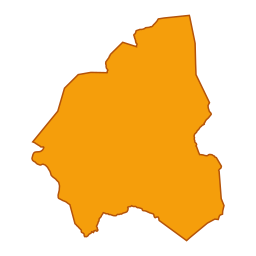 the district of San Marcos de Colon, Choluteca, Honduras
{"feature_id": "27666195B6198023019370", "entity_name": "San Marcos de Colon", "entity_type": "district", "adm_level": 2, "iso_a3": "HND", "parent_name": "Honduras", "parent_adm1": "Choluteca", "projection": "albers", "projection_center": [-86.836, 13.415], "detail": "fine", "context": "isolated", "style": "filled", "palette": "amber", "viewbox_px": 256, "rotation_deg": 0, "n_neighbors": 0, "source": "geoboundaries", "source_scale": "gbopen_adm2", "svg_char_len": 5747}
<svg xmlns="http://www.w3.org/2000/svg" viewBox="0 0 256 256"><path d="M32.7,141.9L34.7,142.7L36.5,144.0L37.2,144.3L37.8,144.8L39.9,146.0L40.3,146.5L40.6,146.8L41.3,146.9L42.1,147.0L42.5,147.0L43.0,146.9L43.3,146.9L43.6,147.1L43.8,147.4L43.7,147.8L43.5,148.4L43.1,149.2L42.6,149.9L42.3,150.2L41.9,150.5L40.8,151.3L40.2,151.5L39.3,151.7L38.2,151.8L36.4,151.9L35.2,152.1L34.5,152.4L34.0,152.8L33.5,153.5L32.9,154.8L32.0,158.2L32.0,158.4L32.1,159.0L32.5,160.1L32.8,160.5L33.3,160.9L34.1,161.5L35.0,161.9L36.4,163.3L37.0,163.8L37.3,164.0L39.4,164.8L40.0,165.0L40.6,165.0L41.4,164.7L42.2,164.3L42.6,164.2L43.1,164.2L44.9,164.9L45.3,165.1L45.6,165.3L46.7,166.5L47.3,167.0L47.6,167.3L47.9,167.9L48.5,169.0L49.9,171.2L50.2,171.9L51.0,174.6L51.2,175.2L51.4,175.5L52.1,176.2L52.9,177.0L55.6,179.0L56.2,179.7L56.7,180.3L58.2,181.8L58.5,182.1L58.7,182.4L58.8,182.8L59.2,184.4L59.5,185.7L59.5,186.5L59.3,189.0L59.3,190.0L58.1,195.1L58.2,197.0L58.2,197.4L58.4,197.8L58.5,198.1L58.8,198.4L59.3,198.7L61.3,199.7L62.7,200.5L64.8,201.3L66.4,202.1L67.6,203.1L69.9,204.7L75.0,223.7L75.7,224.3L76.3,224.9L76.8,225.6L77.9,226.5L79.1,227.9L81.0,229.8L81.2,230.1L81.3,230.4L81.3,230.9L81.3,231.6L81.4,232.0L81.5,232.2L81.8,232.4L82.9,233.0L83.5,233.4L83.9,233.8L84.1,234.2L84.2,235.5L84.5,236.4L84.6,236.6L85.3,236.5L85.9,236.7L86.2,236.7L86.7,236.6L87.3,236.2L87.6,236.0L87.9,235.8L88.6,234.8L89.1,234.2L89.5,233.9L90.5,233.5L91.1,233.0L91.5,232.5L91.6,232.2L91.6,231.8L91.8,231.6L92.0,231.6L92.8,232.3L93.2,232.4L93.3,232.5L93.5,232.3L93.8,231.9L93.9,231.6L94.0,230.9L94.2,230.7L94.7,230.8L95.2,230.5L95.5,230.4L95.8,230.6L96.0,230.9L96.9,231.2L97.2,231.0L97.6,230.7L97.8,230.3L97.9,229.9L97.8,229.7L97.5,229.5L97.2,229.2L97.3,229.0L97.4,228.4L97.4,228.1L97.1,227.5L96.8,226.9L96.6,226.6L96.5,226.3L96.6,225.9L96.8,225.6L97.1,225.1L97.3,224.6L97.8,223.6L98.2,221.9L98.4,221.7L98.5,221.7L98.8,221.2L99.0,220.2L99.2,219.0L99.3,218.6L99.6,218.2L99.9,218.0L100.2,217.7L100.4,217.6L101.2,216.4L101.4,215.7L102.3,214.4L102.8,213.7L103.1,213.0L103.3,212.7L103.5,212.7L104.3,213.0L104.8,213.1L105.8,213.7L107.9,213.8L108.4,214.1L108.7,214.4L108.9,214.5L109.5,214.6L110.2,214.5L110.5,214.6L112.7,215.4L113.9,215.7L114.7,215.7L115.4,215.7L115.9,215.7L116.2,215.6L116.4,215.4L117.2,214.6L117.5,214.4L117.8,214.4L118.4,214.4L118.7,214.5L119.0,214.5L119.4,214.4L119.8,214.2L120.1,214.1L120.7,214.0L121.3,214.1L121.6,214.0L121.9,213.9L122.3,213.5L123.7,212.9L124.2,212.8L125.3,212.5L126.7,211.9L126.9,211.7L127.1,211.5L127.8,210.2L127.9,209.9L128.1,208.3L127.7,207.4L127.8,207.2L128.1,207.0L129.0,206.7L130.1,206.6L130.7,206.5L131.0,206.3L131.4,205.9L131.6,205.7L132.0,205.9L133.0,206.4L133.5,206.5L134.1,206.6L134.4,206.5L134.9,206.4L135.6,206.5L136.6,207.1L136.9,207.4L137.3,207.6L137.8,207.7L138.1,207.6L138.3,207.6L139.6,208.0L140.2,208.1L141.5,208.6L141.9,208.8L142.1,209.1L142.5,210.2L142.7,210.4L142.8,210.5L143.6,210.7L144.8,210.8L145.7,211.0L146.3,211.3L147.2,211.6L147.8,212.0L148.5,212.2L149.6,212.8L150.4,213.0L151.3,213.3L152.4,213.6L153.4,214.1L153.6,214.3L153.7,214.5L154.3,216.8L154.5,217.1L155.0,217.6L155.3,217.7L156.3,217.2L156.9,217.0L157.2,217.0L157.9,217.1L158.1,217.1L158.4,217.6L158.7,218.2L158.9,218.9L158.9,219.5L159.2,220.5L186.6,240.6L189.9,237.6L207.4,223.1L214.8,219.1L218.2,219.5L219.3,216.1L220.2,215.0L222.5,214.2L222.7,211.0L224.0,205.6L221.2,198.6L219.1,171.2L218.7,170.6L219.1,169.7L219.5,169.2L220.6,168.3L221.0,167.9L221.1,167.7L221.2,166.7L221.4,166.2L216.4,157.7L216.1,157.5L214.8,157.0L214.7,156.7L214.6,156.3L214.4,156.1L214.2,156.0L213.8,155.9L213.5,155.8L212.1,154.8L211.8,154.7L210.3,154.5L209.2,154.5L208.9,154.6L208.6,154.8L207.8,155.4L207.1,155.7L206.8,155.8L206.3,155.7L205.8,155.6L205.3,155.6L204.9,155.5L204.2,155.3L203.4,155.0L202.9,154.9L200.7,154.6L199.6,154.6L198.6,152.3L196.6,146.8L196.0,146.0L196.0,145.8L196.3,145.5L196.6,144.7L196.6,144.4L196.5,144.1L196.2,143.5L195.0,142.2L194.8,142.0L194.8,141.7L194.7,141.3L194.8,140.9L194.7,140.7L194.5,140.0L194.2,139.0L194.2,138.8L194.4,138.2L194.5,137.8L194.1,136.5L194.1,135.7L194.6,134.2L194.9,133.8L196.3,132.5L196.7,131.9L197.1,131.0L197.4,130.6L197.6,130.3L198.0,130.1L198.6,129.5L199.3,128.5L199.8,127.6L200.1,127.3L201.4,126.2L202.0,125.6L202.4,125.1L202.7,125.1L203.4,124.8L204.3,124.2L204.3,123.9L204.2,123.7L204.0,123.3L204.7,122.6L204.9,122.2L205.7,120.6L206.4,119.7L207.5,118.7L208.4,117.9L211.1,114.5L211.2,114.3L211.2,114.1L211.1,113.6L210.8,113.0L209.8,111.9L209.2,111.1L208.9,109.9L208.4,108.5L208.2,107.6L208.0,105.5L208.2,105.2L208.6,104.3L209.5,102.7L196.0,74.7L195.6,63.8L195.1,43.3L189.8,17.3L189.3,15.4L164.1,18.0L158.4,18.9L158.0,19.3L157.5,20.2L156.9,21.2L156.6,21.5L156.3,21.9L154.5,23.9L153.6,24.7L153.0,25.5L152.6,26.1L152.3,26.4L152.0,26.4L151.6,26.7L151.3,26.8L150.8,26.8L150.3,26.8L149.9,27.1L149.4,27.3L145.7,27.7L145.5,27.8L144.3,28.7L142.9,29.2L142.3,29.3L141.6,29.4L141.0,29.5L140.3,29.4L139.9,29.4L138.9,29.8L137.0,30.4L136.2,30.7L136.0,31.1L135.9,31.6L135.4,33.2L135.2,33.5L135.0,33.8L134.0,34.5L133.9,34.9L133.9,35.4L133.9,35.7L134.0,35.9L134.5,36.8L134.4,37.2L134.5,37.5L134.9,38.7L135.2,39.2L135.3,39.8L135.4,40.3L135.7,40.7L135.7,40.9L135.6,41.2L135.6,41.4L135.7,41.8L136.0,42.3L135.9,42.7L136.2,43.2L136.6,43.4L136.8,43.6L136.9,43.9L137.0,44.1L137.0,44.4L137.0,44.7L136.9,44.9L136.7,45.1L136.5,45.6L136.5,46.7L122.7,42.3L110.4,54.4L110.3,54.7L110.0,55.7L109.9,55.8L109.5,56.0L109.4,56.2L109.3,56.5L109.3,56.9L109.1,57.2L108.8,57.8L107.6,59.4L105.9,61.8L105.8,62.3L105.7,63.7L106.2,65.6L106.1,66.5L106.1,66.8L106.2,67.1L106.5,68.3L106.8,68.7L107.7,69.7L107.8,70.1L107.8,70.4L107.4,70.8L107.3,71.2L107.2,71.4L107.3,72.4L107.1,72.7L90.8,72.4L78.2,74.6L64.5,88.2L57.8,111.2L32.7,141.9Z" fill="#f59e0b" stroke="#b45309" stroke-width="1.5"/></svg>